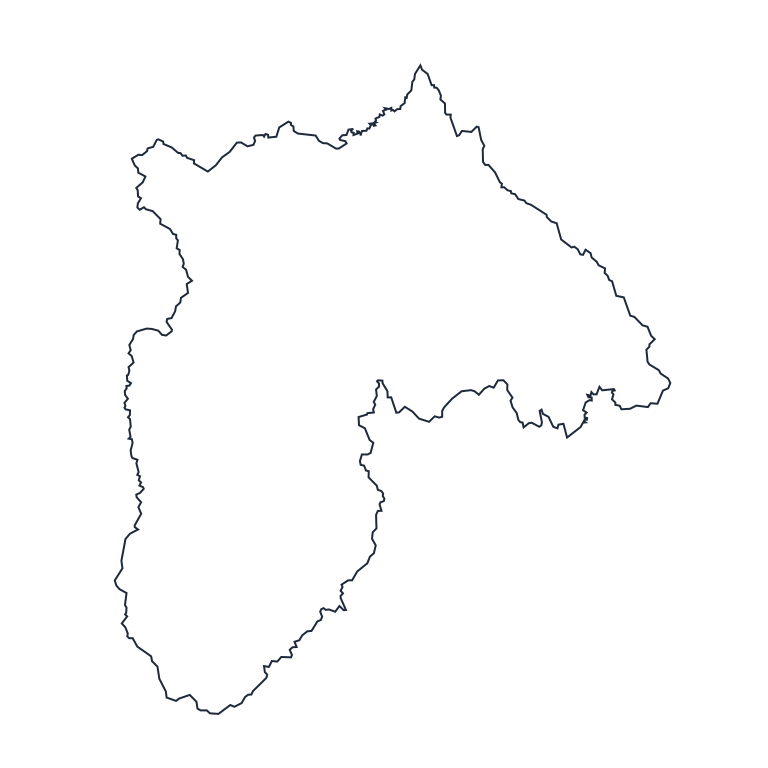 Thong Pha Phum, Kanchanaburi, Thailand (orthographic projection), rotated 175°
{"feature_id": "78962969B24065395096407", "entity_name": "Thong Pha Phum", "entity_type": "district", "adm_level": 2, "iso_a3": "THA", "parent_name": "Thailand", "parent_adm1": "Kanchanaburi", "projection": "orthographic", "projection_center": [98.674, 14.859], "detail": "fine", "context": "isolated", "style": "outline", "palette": "slate", "viewbox_px": 768, "rotation_deg": 175, "n_neighbors": 0, "source": "geoboundaries", "source_scale": "gbopen_adm2", "svg_char_len": 6147}
<svg xmlns="http://www.w3.org/2000/svg" viewBox="0 0 768 768"><g transform="rotate(175 384 384)"><path d="M652.7,144.0L639.7,133.0L639.2,128.0L634.3,122.2L633.5,109.9L628.1,96.7L627.9,90.6L618.7,86.4L615.8,88.4L604.6,91.2L598.5,83.8L598.1,76.9L595.1,74.8L589.0,74.3L586.1,71.1L577.6,69.8L565.1,77.6L561.2,75.5L553.7,78.5L549.6,84.4L546.3,86.3L543.2,86.2L541.3,89.5L526.8,101.5L525.7,104.6L527.8,107.4L528.1,113.4L523.3,112.2L519.9,117.8L514.5,116.8L510.1,121.0L500.4,119.8L499.3,122.1L501.1,127.4L498.1,129.7L494.0,129.6L495.6,135.0L490.7,136.1L487.4,140.7L482.0,144.3L477.8,144.3L471.0,153.3L467.4,154.5L465.9,157.7L467.4,162.8L466.1,165.1L463.8,166.0L461.7,164.1L458.5,164.2L452.5,161.4L447.7,166.7L443.9,162.2L441.6,162.2L445.8,174.4L445.7,176.7L443.1,179.0L445.3,181.8L443.0,185.3L443.8,187.8L436.9,191.5L432.9,191.2L427.0,199.6L416.2,206.9L413.1,213.2L408.8,216.3L406.3,224.0L409.4,230.8L408.2,237.2L404.1,240.8L403.3,254.3L401.2,258.1L397.6,257.9L398.9,264.6L397.9,266.4L394.4,267.4L393.6,269.7L395.0,272.5L394.4,275.0L396.0,277.6L399.4,279.2L400.0,283.3L407.5,292.3L406.8,298.4L409.6,299.5L410.9,304.4L414.3,305.5L414.7,309.3L412.2,315.7L406.4,315.2L403.3,316.6L399.8,326.4L403.2,329.5L406.9,341.6L412.5,345.1L412.2,353.3L403.6,355.1L403.1,356.4L396.6,356.5L397.0,359.9L394.5,364.2L395.8,367.0L392.2,372.7L392.4,379.2L389.1,381.9L389.0,385.0L390.7,387.3L389.7,388.2L385.3,387.5L385.3,384.8L381.2,376.5L381.5,370.3L378.0,370.1L374.2,354.3L371.5,354.4L365.2,359.5L357.9,353.9L352.2,346.5L342.4,342.4L336.3,347.4L331.9,345.7L328.9,346.3L328.4,352.1L326.1,355.5L317.4,363.5L307.3,370.0L297.9,370.3L294.4,368.9L290.4,365.0L284.5,370.6L279.3,372.8L275.0,370.8L270.2,377.6L264.7,377.3L261.1,372.8L261.8,367.3L257.2,359.2L259.4,356.4L257.9,349.4L254.4,343.6L253.3,336.6L251.6,334.1L249.3,333.5L248.7,328.6L243.2,332.3L240.3,332.6L233.1,327.9L230.9,329.1L230.0,332.0L231.3,343.6L229.3,344.7L228.3,340.4L223.0,337.0L219.1,326.6L215.1,324.7L213.8,328.3L208.7,328.7L206.3,314.7L191.9,324.0L189.2,328.1L186.6,328.2L188.2,329.5L187.3,330.9L185.0,330.7L184.6,332.4L187.0,333.0L186.9,336.0L184.6,337.8L188.0,340.5L184.7,348.0L180.7,350.0L178.5,349.4L178.3,352.4L181.5,353.0L182.4,355.5L179.3,354.4L178.1,357.9L176.2,355.4L173.1,355.2L169.6,362.4L167.2,358.7L155.5,358.9L154.8,357.5L157.1,357.2L157.7,355.6L156.3,353.7L158.2,348.9L155.1,345.3L155.4,343.1L151.1,341.8L149.7,338.1L141.0,337.9L134.5,340.5L123.1,338.0L120.1,341.6L113.3,340.5L106.7,353.1L101.2,355.0L98.7,360.1L100.5,364.7L107.5,370.3L108.9,373.7L118.0,380.4L119.5,383.3L119.6,395.3L116.4,398.0L116.1,400.4L110.4,405.0L113.7,408.8L116.5,418.1L121.3,419.9L128.7,429.0L132.7,430.6L137.6,449.4L144.9,451.6L147.8,466.4L150.6,468.0L151.8,472.4L154.5,475.4L153.7,479.9L159.9,483.6L161.4,487.2L166.1,491.9L166.8,496.3L171.5,500.2L174.5,495.3L177.2,496.1L179.2,501.3L182.5,504.2L185.3,503.7L194.9,512.5L198.0,529.1L203.2,531.3L207.2,536.1L207.3,538.4L221.9,549.7L226.4,551.7L228.1,554.5L234.0,556.5L236.9,561.7L240.5,562.8L240.8,565.1L244.0,566.2L247.1,569.5L249.9,569.7L249.1,573.2L251.0,575.0L254.9,585.1L260.8,593.1L264.1,593.4L266.0,596.6L265.2,609.3L263.3,612.6L265.9,618.6L267.4,631.6L269.2,632.3L275.0,627.5L284.3,629.3L287.5,625.3L289.7,624.6L294.6,643.6L294.0,646.5L298.4,647.0L299.5,648.9L298.8,658.1L303.0,662.5L302.2,666.3L303.8,671.7L305.7,674.6L308.1,674.9L308.2,677.4L310.5,677.5L313.5,689.0L318.7,693.8L320.0,698.2L326.1,690.2L327.3,684.8L329.4,682.6L331.2,674.1L335.6,670.4L336.5,667.0L337.8,667.7L339.0,662.0L343.2,659.4L343.8,656.6L346.9,656.6L349.8,654.7L351.3,656.3L352.8,655.8L352.7,658.4L354.9,657.5L359.1,658.7L358.0,657.1L361.2,656.2L360.2,652.5L362.0,651.5L364.7,652.9L365.3,650.5L369.3,649.2L369.0,647.1L370.5,645.8L369.3,645.2L371.5,644.8L370.0,642.3L371.7,642.1L373.0,644.6L375.7,644.6L374.5,643.0L376.4,639.7L378.3,640.1L379.4,637.8L383.9,638.0L385.8,633.5L385.4,636.1L387.6,636.3L386.9,637.6L388.7,638.1L388.6,635.7L392.7,634.7L392.3,636.9L394.4,637.6L394.8,639.4L392.4,640.8L397.2,640.5L399.7,635.3L403.9,635.4L407.0,632.4L406.4,630.9L401.4,629.3L400.3,626.9L408.5,622.5L411.3,622.7L419.5,628.6L423.9,629.3L427.6,631.9L430.5,637.5L448.0,641.0L451.9,644.0L451.8,648.4L454.2,650.3L453.9,652.2L456.4,653.7L466.0,648.7L469.7,639.7L477.8,639.6L477.8,642.4L480.3,643.4L481.9,640.9L483.0,642.6L490.3,642.7L492.1,640.8L491.2,637.5L493.2,633.6L499.3,632.7L505.4,637.1L509.5,637.3L517.7,628.5L525.6,623.9L532.5,616.5L541.0,611.0L554.1,620.3L553.7,623.5L560.5,626.5L561.5,628.9L564.9,629.0L566.6,631.8L568.9,632.1L574.8,638.1L582.7,642.3L582.9,644.8L587.5,647.4L589.1,647.0L593.2,640.4L598.9,639.3L599.8,636.6L605.0,633.1L608.7,633.8L615.6,630.4L613.2,623.4L610.4,620.3L610.3,615.9L603.6,611.5L606.8,605.9L613.7,600.9L612.5,598.7L612.6,592.2L609.9,590.3L613.5,585.3L614.3,581.3L612.2,578.9L607.7,581.0L605.9,578.8L599.4,576.4L592.2,567.7L593.0,563.2L583.6,557.0L581.1,551.8L578.0,550.8L578.3,547.2L576.8,545.1L578.7,537.2L575.9,535.4L576.4,531.3L573.4,525.8L573.0,521.2L574.4,518.2L571.2,515.1L569.9,507.8L566.3,503.6L571.8,500.8L571.3,491.8L578.8,487.5L579.8,483.0L584.5,479.4L585.7,474.7L589.9,468.2L594.3,467.7L595.2,464.8L590.5,456.6L590.9,455.0L596.8,451.3L600.9,452.3L604.2,456.8L610.6,459.1L615.6,459.9L625.6,457.9L629.1,454.6L630.1,450.7L634.3,445.1L633.4,439.7L635.8,436.8L632.9,433.8L631.6,427.2L637.0,423.1L636.5,419.5L638.0,415.4L639.4,414.9L639.5,409.6L636.0,406.9L637.8,404.6L640.8,404.5L640.7,402.2L642.9,399.5L642.9,395.8L640.4,391.6L644.2,387.9L643.5,384.7L644.6,383.0L643.7,381.3L639.3,379.9L639.9,375.1L641.9,373.2L640.1,371.2L640.0,363.6L641.8,360.7L641.1,353.4L643.0,351.8L639.9,350.9L639.6,347.1L642.2,339.8L641.9,334.2L641.1,332.2L636.2,330.0L637.6,326.6L636.1,317.6L637.7,315.0L635.1,313.4L636.7,309.5L634.6,307.1L636.5,304.1L633.0,302.2L632.5,300.5L636.5,296.8L640.4,295.4L640.3,292.8L636.3,287.4L639.4,282.7L637.2,275.9L644.7,264.9L644.8,263.2L641.7,260.5L650.1,257.0L655.0,252.2L661.0,230.8L660.6,223.2L669.3,211.8L668.2,206.6L665.4,202.7L658.7,198.2L661.3,186.4L660.0,183.7L660.8,178.4L662.0,177.0L660.1,174.9L666.1,168.3L662.9,164.2L661.0,157.8L661.7,155.0L660.0,153.0L656.5,152.7L652.7,144.0Z" fill="none" stroke="#1e293b" stroke-width="2"/></g></svg>